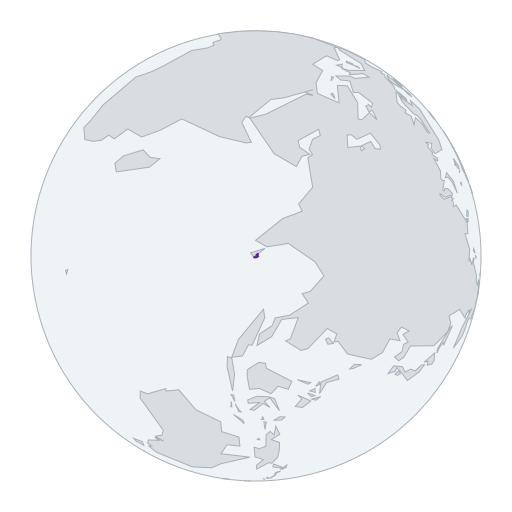 Ampāra on an orthographic globe, rotated 76°
{"feature_id": "LKA-2451", "entity_name": "Ampāra", "entity_type": "District", "adm_level": 1, "iso_a3": "LKA", "parent_name": "Sri Lanka", "parent_adm1": "", "projection": "orthographic", "projection_center": [81.481, 7.125], "detail": "fine", "context": "on_globe", "style": "filled", "palette": "violet", "viewbox_px": 512, "rotation_deg": 76, "n_neighbors": 0, "source": "natural_earth", "source_scale": "10m", "svg_char_len": 9062}
<svg xmlns="http://www.w3.org/2000/svg" viewBox="0 0 512 512"><g transform="rotate(76 256 256)"><circle cx="256" cy="256" r="225" fill="#eef3f6" stroke="#a8b0b8"/><path d="M349.0,50.8L345.9,49.7L350.2,51.7L336.0,45.9L343.7,48.5L343.3,48.3L349.0,50.8ZM328.7,43.2L326.5,42.6L327.0,42.6L328.7,43.2ZM58.0,148.6L73.4,126.4L73.0,129.8L85.7,127.3L86.3,129.3L78.8,139.2L83.6,154.5L92.2,146.5L102.5,155.9L113.1,157.1L127.5,138.3L110.1,135.8L113.0,126.2L131.7,120.3L147.8,123.8L149.4,120.3L144.2,111.2L153.0,105.8L143.0,107.7L143.3,111.5L137.1,113.2L136.4,109.9L139.5,107.9L136.1,105.8L122.1,116.9L120.9,122.0L108.9,122.6L105.7,131.3L100.6,134.9L104.1,121.6L107.6,117.0L109.9,103.1L105.1,107.7L102.6,121.5L101.1,120.1L94.6,127.6L98.4,120.8L102.3,105.7L94.8,107.4L76.4,125.0L73.9,126.0L75.8,121.7L91.3,103.2L95.3,103.1L100.8,97.6L107.6,89.4L108.2,90.4L111.5,87.4L113.7,87.5L124.3,81.1L127.7,81.0L139.1,72.7L142.3,71.9L134.7,76.8L131.2,80.6L140.5,81.9L144.4,80.4L151.0,75.2L152.8,76.7L158.0,71.6L166.9,70.9L160.4,67.8L168.1,62.8L177.3,59.8L178.7,57.9L163.6,63.0L158.6,65.6L156.2,68.6L141.6,76.9L136.8,77.9L147.7,68.0L142.2,68.8L153.1,61.7L187.2,50.7L197.7,49.8L200.0,57.7L193.4,60.1L189.3,58.2L186.4,64.1L189.9,61.6L191.3,63.1L198.9,59.7L200.3,60.7L205.3,56.0L207.8,56.8L204.7,59.8L218.1,56.4L225.4,58.0L227.8,56.8L228.3,55.1L237.1,58.8L238.5,57.8L236.1,56.2L237.3,53.4L242.9,50.2L245.6,51.6L244.0,52.9L244.7,58.3L240.0,62.3L241.7,62.7L246.5,59.6L245.6,52.9L248.1,50.6L249.5,53.4L249.2,52.2L251.3,51.6L256.0,52.5L254.9,49.4L274.7,43.1L285.7,45.0L284.8,47.7L301.5,47.1L312.6,50.8L310.4,49.1L316.9,48.7L313.5,47.4L312.9,46.6L328.1,46.8L333.8,48.5L337.8,48.1L336.7,47.4L332.7,46.0L336.0,45.9L350.2,51.7L352.1,52.8L359.7,56.3L362.9,58.8L369.0,62.9L368.0,64.6L373.0,68.3L375.4,69.4L384.0,75.8L393.1,86.7L374.9,73.1L359.1,59.2L364.6,64.1L360.1,61.8L360.2,63.1L364.4,67.1L366.8,68.2L357.1,71.3L360.8,83.1L368.3,83.3L375.4,87.9L386.1,105.0L380.7,127.9L390.0,137.1L392.2,142.9L387.5,146.0L384.2,137.5L377.4,134.1L376.3,129.2L367.7,132.4L365.7,125.6L360.0,132.1L364.7,137.7L373.0,136.8L368.9,146.2L380.3,156.7L384.1,169.1L373.4,190.7L358.7,197.1L358.3,201.2L351.2,196.4L343.6,204.4L358.4,228.1L358.6,235.0L345.5,247.9L344.8,242.7L326.0,229.9L323.8,246.4L338.1,260.4L343.1,276.7L332.6,271.5L327.4,257.1L320.7,252.2L321.6,237.8L314.3,216.6L303.6,220.4L303.6,212.0L291.8,194.9L276.1,200.0L251.6,221.6L249.7,243.3L240.7,252.6L226.1,221.0L223.7,200.3L215.8,202.0L203.0,184.4L173.2,181.9L171.3,176.6L165.2,178.7L156.5,172.9L154.6,164.4L148.3,164.5L154.1,187.2L161.1,187.3L170.3,179.3L170.4,187.4L179.0,195.2L161.0,213.7L120.7,228.6L120.8,212.3L111.0,167.7L113.5,163.2L113.6,162.6L113.8,161.7L108.7,169.0L108.4,160.6L109.3,190.7L107.7,203.7L120.0,229.5L117.9,231.9L123.1,237.5L144.6,233.0L143.8,238.4L131.2,262.7L105.0,294.8L110.8,318.5L112.9,338.1L101.7,349.7L108.0,365.1L103.1,369.6L106.3,378.1L105.3,386.5L101.6,393.9L89.7,391.9L84.8,384.0L72.4,367.8L53.4,329.4L51.9,312.9L49.1,299.5L41.0,268.7L42.4,252.8L41.3,245.6L38.4,246.3L37.7,237.8L36.3,237.0L31.4,239.3L31.6,235.6L34.0,217.4L37.9,199.6L43.2,182.0L49.9,165.0L58.0,148.6ZM58.7,148.1L56.5,152.1L58.7,148.1ZM160.7,138.4L173.0,140.6L174.6,128.3L179.4,128.3L178.2,124.4L174.6,127.4L172.6,117.0L180.5,114.5L182.6,109.7L178.6,108.8L164.5,115.3L167.2,129.8L161.4,134.2L160.7,138.4ZM127.2,72.9L125.5,74.7L121.0,77.8L116.8,79.8L123.2,75.1L127.2,72.9ZM124.2,76.8L136.2,67.5L139.3,66.5L135.5,68.5L136.4,68.8L130.5,72.2L121.8,81.1L117.2,84.6L111.8,85.2L116.1,82.8L117.5,80.8L124.2,76.8ZM161.3,51.6L166.5,49.3L166.5,49.9L161.6,52.2L157.0,53.8L160.1,52.1L161.3,51.6ZM236.6,31.6L229.6,32.4L233.3,32.1L233.7,32.4L228.1,33.5L227.9,33.0L222.0,34.8L218.3,34.8L217.9,35.0L212.9,35.7L206.0,37.1L205.3,37.0L202.9,37.7L199.6,38.4L196.1,39.4L193.5,39.8L189.1,41.1L190.4,40.6L183.4,43.0L187.4,41.5L183.5,42.7L181.6,43.5L180.0,43.9L198.5,38.2L217.4,34.1L236.6,31.6ZM248.5,30.8L244.5,31.0L238.7,31.4L239.3,31.3L248.5,30.8ZM90.7,125.9L91.8,126.6L94.4,126.6L90.3,131.6L90.7,125.9ZM93.0,115.5L94.6,115.1L90.1,121.5L88.9,121.1L93.0,115.5ZM99.2,109.8L95.0,114.6L96.6,111.7L99.2,109.8ZM136.5,76.4L138.6,76.0L137.4,77.2L134.5,79.0L136.5,76.4ZM209.7,41.1L210.5,40.2L212.0,39.9L217.7,37.7L220.9,37.9L218.7,39.3L209.7,41.1ZM122.4,141.2L117.1,144.4L116.4,142.4L118.4,141.6L122.4,141.2ZM101.2,137.6L104.3,140.8L100.1,139.0L101.2,137.6ZM214.0,40.9L216.0,39.9L216.4,40.7L214.0,40.9ZM223.5,38.0L224.5,38.6L221.9,37.7L223.5,38.0ZM223.7,441.8L227.7,444.2L223.9,444.3L223.7,441.8ZM144.0,337.8L140.6,371.2L131.9,370.5L126.8,360.3L125.7,339.8L134.8,334.8L138.3,325.7L144.0,337.8ZM391.2,315.0L396.5,316.0L396.2,317.0L391.2,315.0ZM385.7,311.3L392.0,311.7L384.4,313.6L385.7,311.3ZM394.4,311.9L400.8,309.9L403.6,308.2L402.9,310.4L394.4,311.9ZM381.4,311.4L356.6,310.9L346.6,308.0L349.2,304.2L365.5,305.4L381.4,311.4ZM348.4,304.1L332.7,293.2L309.5,261.7L317.9,262.3L341.7,281.4L340.2,284.7L349.7,293.3L348.4,304.1ZM385.4,284.7L383.8,294.6L370.4,293.6L364.2,291.9L359.9,279.2L362.3,272.8L367.5,273.0L386.3,251.6L393.2,256.9L387.7,266.0L393.2,274.6L385.4,284.7ZM250.8,245.4L256.6,258.5L251.6,260.5L250.8,245.4ZM393.0,236.6L386.0,245.9L392.1,233.5L393.0,236.6ZM396.0,225.0L396.9,229.7L393.4,225.1L396.0,225.0ZM359.0,207.6L353.6,208.6L353.0,205.3L359.6,202.1L359.0,207.6ZM387.0,179.8L388.7,189.2L388.2,192.4L384.9,186.7L387.0,179.8ZM243.7,45.4L232.2,47.7L226.0,50.6L225.8,53.4L221.2,50.9L230.7,46.5L243.7,45.4ZM270.5,43.0L270.7,41.1L273.9,41.8L274.3,42.3L270.5,43.0ZM268.3,42.0L262.4,40.2L264.6,39.2L268.8,40.7L268.3,42.0ZM237.8,39.3L234.2,39.9L234.0,39.1L237.8,39.3ZM403.5,418.7L408.5,411.3L412.6,410.6L406.5,417.2L403.5,418.7ZM402.8,388.1L365.8,402.8L359.0,400.9L363.5,394.7L362.8,375.7L365.3,376.1L367.1,363.3L390.6,351.6L408.3,330.4L418.1,331.8L427.5,316.4L436.6,317.6L432.1,329.7L439.4,337.8L449.7,310.7L449.0,339.8L450.8,350.3L445.1,368.9L422.5,400.0L414.4,406.0L415.2,403.1L411.2,406.3L408.4,405.0L411.4,394.9L407.3,398.0L413.4,390.4L406.5,397.2L407.1,390.7L402.8,388.1ZM465.8,336.2L465.7,337.1L464.0,342.3L464.2,341.3L465.8,336.2ZM472.1,319.2L471.6,321.1L471.4,321.7L472.1,319.2ZM472.2,318.6L473.0,315.7L472.2,318.6L472.2,318.6ZM474.1,302.6L474.6,301.1L474.5,302.3L474.1,302.6ZM404.3,316.2L412.1,308.5L415.9,307.9L404.3,316.2ZM474.1,299.4L473.4,299.1L473.7,297.5L474.1,299.4ZM474.7,295.8L474.9,293.6L474.7,298.7L474.7,295.8ZM473.6,290.8L474.3,294.7L473.4,291.2L473.6,290.8ZM472.8,291.3L472.1,289.5L472.2,288.8L472.8,291.3ZM459.6,293.7L463.0,306.8L459.3,306.3L455.4,298.1L450.7,305.5L441.0,304.1L443.8,299.5L442.9,292.4L431.9,289.4L429.6,284.7L433.9,281.7L426.1,278.0L434.7,276.0L437.9,285.5L442.6,278.3L449.9,280.3L456.5,283.7L460.9,290.9L459.6,293.7ZM434.0,296.8L435.4,296.8L434.0,299.6L434.0,296.8ZM470.6,284.1L471.7,288.9L471.4,290.0L470.8,289.2L470.6,284.1ZM462.1,289.3L467.2,281.8L468.2,281.9L464.7,290.7L462.1,289.3ZM466.3,276.6L468.4,277.8L469.2,282.3L468.7,283.5L466.3,276.6ZM416.5,287.8L416.0,290.4L413.7,288.3L416.5,287.8ZM419.6,286.2L426.5,289.2L418.9,288.5L419.6,286.2ZM396.9,276.9L399.1,283.1L406.3,279.2L400.8,284.8L405.3,295.0L403.5,298.9L399.1,287.8L397.0,299.2L393.7,298.9L392.3,289.1L395.8,277.3L399.0,272.5L411.8,270.6L396.9,276.9ZM419.7,278.7L417.8,271.5L419.2,266.8L421.3,270.6L419.7,278.7ZM411.5,254.3L405.7,246.1L401.0,249.1L410.0,237.9L414.2,247.6L411.5,254.3ZM405.8,236.4L401.4,239.1L405.6,232.6L405.8,236.4ZM399.9,236.4L398.9,230.8L402.6,231.6L399.9,236.4ZM408.2,236.7L408.1,227.2L410.4,232.8L408.2,236.7ZM395.9,218.3L404.8,227.6L394.1,223.5L391.1,205.6L395.5,205.2L395.9,218.3ZM404.4,149.8L401.9,145.2L405.2,144.4L406.0,147.8L404.4,149.8ZM413.5,139.2L405.3,142.7L398.2,146.4L401.6,148.6L402.1,156.4L395.8,148.9L398.9,140.7L404.7,139.4L403.2,133.2L406.0,129.4L401.8,121.8L402.2,118.8L407.8,125.5L413.5,139.2ZM399.7,118.6L393.3,106.1L400.5,108.4L403.5,111.7L403.4,116.3L399.6,114.7L399.7,118.6ZM393.9,103.9L390.1,102.5L372.8,85.1L371.0,82.2L388.0,95.6L385.3,95.1L388.3,99.3L393.9,103.9ZM328.4,43.4L326.6,42.7L329.2,43.5L328.4,43.4ZM310.9,46.0L310.6,45.1L313.5,45.8L310.9,46.0ZM311.2,43.1L308.1,43.0L310.2,42.5L311.2,43.1ZM301.4,42.9L306.3,42.6L303.2,43.8L301.4,42.9Z" fill="#d9dde1" stroke="#a8b0b8" stroke-width="1"/><path d="M257.1,254.7L257.2,254.8L257.3,254.9L257.3,254.7L257.4,254.8L257.5,254.9L257.6,255.2L257.5,256.1L257.6,256.3L257.6,256.6L257.4,257.2L257.4,257.3L257.3,257.5L257.2,257.8L257.2,258.0L256.9,258.4L256.7,258.3L256.5,258.1L256.6,256.7L256.5,256.4L256.4,256.2L256.2,256.1L256.1,255.9L256.2,255.7L256.3,255.6L256.2,255.5L256.2,255.4L256.0,255.2L256.0,254.9L255.9,254.8L256.0,254.7L255.9,254.7L255.8,254.8L255.7,254.8L255.6,255.0L255.4,255.2L255.4,255.3L255.4,255.5L255.2,255.5L255.2,255.4L255.1,255.2L254.9,255.1L254.9,254.9L254.9,254.7L254.9,254.3L254.7,254.3L254.4,254.5L254.2,254.3L254.2,254.2L254.1,253.9L254.1,253.7L254.3,253.6L254.5,253.7L254.6,253.8L254.8,253.9L255.0,253.9L255.0,253.7L255.3,253.6L255.5,253.8L255.9,254.0L255.8,254.3L256.0,254.4L256.1,254.5L256.3,254.5L256.6,254.5L256.7,254.4L256.7,254.5L256.7,254.8L256.9,254.8L256.9,254.7L257.1,254.7L257.1,254.7Z" fill="#8b5cf6" stroke="#5b21b6" stroke-width="1.5"/></g></svg>